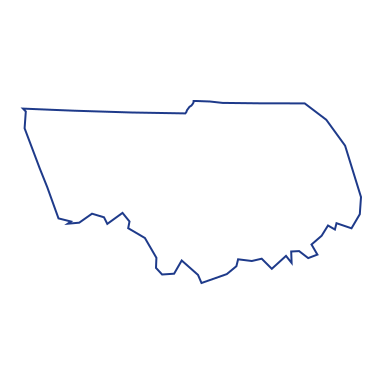 Claiborne, Tennessee, United States of America (Natural Earth projection)
{"feature_id": "52423323B30957198901139", "entity_name": "Claiborne", "entity_type": "district", "adm_level": 2, "iso_a3": "USA", "parent_name": "United States of America", "parent_adm1": "Tennessee", "projection": "natural_earth1", "projection_center": [-83.671, 36.467], "detail": "fine", "context": "isolated", "style": "outline", "palette": "blue", "viewbox_px": 384, "rotation_deg": 0, "n_neighbors": 0, "source": "geoboundaries", "source_scale": "gbopen_adm2", "svg_char_len": 858}
<svg xmlns="http://www.w3.org/2000/svg" viewBox="0 0 384 384"><path d="M23.0,108.6L25.8,111.5L24.6,128.3L39.7,168.3L47.3,187.3L58.5,218.4L70.9,221.5L67.8,223.7L79.2,222.7L92.0,213.7L104.0,217.3L107.3,223.9L122.5,212.9L129.5,221.5L128.2,228.2L144.9,238.0L156.4,257.8L156.0,267.9L162.1,274.5L174.1,273.7L181.7,260.5L198.0,274.9L201.5,283.0L226.8,274.1L236.4,266.2L238.1,259.3L251.8,261.0L261.7,258.7L271.8,268.8L286.0,255.9L291.6,262.9L291.2,251.5L299.1,251.1L308.2,258.1L317.4,254.6L311.5,244.5L321.6,235.8L328.0,225.5L334.9,229.5L336.5,223.2L351.5,228.3L359.8,214.2L361.0,197.1L345.1,145.7L326.3,119.8L304.7,103.4L258.5,103.3L222.5,102.9L209.9,101.5L196.5,101.0L193.6,101.0L193.5,102.5L192.7,103.9L191.4,105.6L189.5,106.8L187.0,110.2L186.3,112.1L185.3,113.4L131.6,112.5L74.0,110.7L54.1,109.9L23.0,108.6Z" fill="none" stroke="#1e3a8a" stroke-width="2"/></svg>